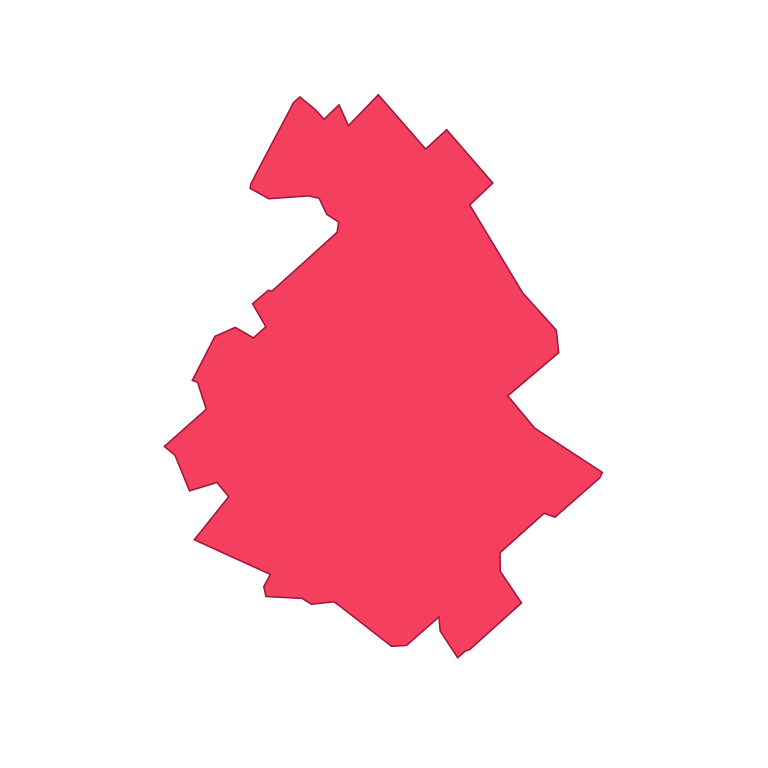 outline of Kennebec, Maine, United States of America, rotated 307°
{"feature_id": "52423323B98576109214460", "entity_name": "Kennebec", "entity_type": "district", "adm_level": 2, "iso_a3": "USA", "parent_name": "United States of America", "parent_adm1": "Maine", "projection": "robinson", "projection_center": [-69.775, 44.414], "detail": "fine", "context": "isolated", "style": "filled", "palette": "rose", "viewbox_px": 768, "rotation_deg": 307, "n_neighbors": 0, "source": "geoboundaries", "source_scale": "gbopen_adm2", "svg_char_len": 999}
<svg xmlns="http://www.w3.org/2000/svg" viewBox="0 0 768 768"><g transform="rotate(307 384 384)"><path d="M271.5,228.7L273.2,234.0L261.1,251.2L256.8,257.2L201.9,246.1L201.3,259.9L181.6,293.0L204.8,309.8L200.5,327.8L145.4,326.2L163.5,407.8L149.8,409.9L143.2,417.6L163.5,447.7L164.4,458.5L179.9,475.1L180.1,481.7L179.0,547.9L188.7,559.3L231.0,568.1L220.5,577.5L209.7,607.6L219.6,609.6L223.6,612.3L291.9,625.6L304.4,589.6L319.1,578.2L375.0,589.3L377.1,589.7L380.5,600.7L438.9,612.8L444.8,611.6L439.4,531.0L448.2,493.6L449.0,490.0L514.2,504.7L526.4,493.3L530.7,489.2L540.2,440.1L578.6,344.7L610.0,350.0L624.8,281.0L596.7,275.8L611.6,205.4L568.9,200.1L580.0,180.1L559.3,176.7L561.8,163.9L562.6,144.0L554.4,142.4L478.3,154.7L463.3,157.4L459.7,159.3L462.6,180.5L488.7,210.4L493.3,220.3L485.0,236.2L486.0,250.3L477.0,255.2L439.2,248.0L409.5,242.2L390.7,238.6L389.3,235.2L369.0,230.7L358.6,255.1L342.3,252.0L339.7,231.1L320.3,220.3L271.5,228.7Z" fill="#f43f5e" stroke="#9f1239" stroke-width="1.5"/></g></svg>